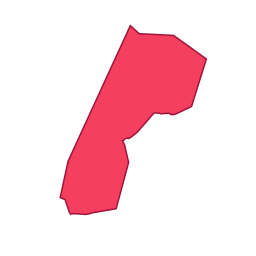 the border of Saint James, rotated 28°
{"feature_id": "BRB-1992", "entity_name": "Saint James", "entity_type": "Parish", "adm_level": 1, "iso_a3": "BRB", "parent_name": "Barbados", "parent_adm1": "", "projection": "mercator", "projection_center": [-59.619, 13.191], "detail": "fine", "context": "isolated", "style": "filled", "palette": "rose", "viewbox_px": 256, "rotation_deg": 28, "n_neighbors": 0, "source": "natural_earth", "source_scale": "10m", "svg_char_len": 825}
<svg xmlns="http://www.w3.org/2000/svg" viewBox="0 0 256 256"><g transform="rotate(28 128 128)"><path d="M100.8,221.2L90.7,185.5L82.0,36.5L93.6,39.5L124.7,24.9L164.8,30.3L174.0,79.2L164.0,92.7L161.3,95.3L161.0,95.1L160.7,95.0L160.1,95.5L159.6,95.9L159.3,96.0L158.7,95.9L158.0,95.8L157.3,95.8L156.9,95.9L156.4,96.2L155.2,97.0L154.9,97.2L154.3,97.5L154.0,97.6L153.7,97.6L151.7,99.3L151.0,99.7L150.6,99.9L150.3,99.9L150.0,100.1L149.3,100.1L148.9,100.1L148.6,100.2L147.7,100.8L144.3,102.1L143.2,105.4L138.3,126.8L135.7,133.1L133.8,136.8L131.9,137.4L131.2,137.9L130.7,138.6L130.1,140.4L129.7,141.4L129.2,141.8L130.1,142.7L132.5,144.1L144.7,158.1L155.4,204.8L135.8,220.1L134.2,221.9L130.8,224.4L121.7,228.4L117.9,230.7L117.8,231.1L115.5,229.7L106.1,220.8L100.8,221.2Z" fill="#f43f5e" stroke="#9f1239" stroke-width="1.5"/></g></svg>